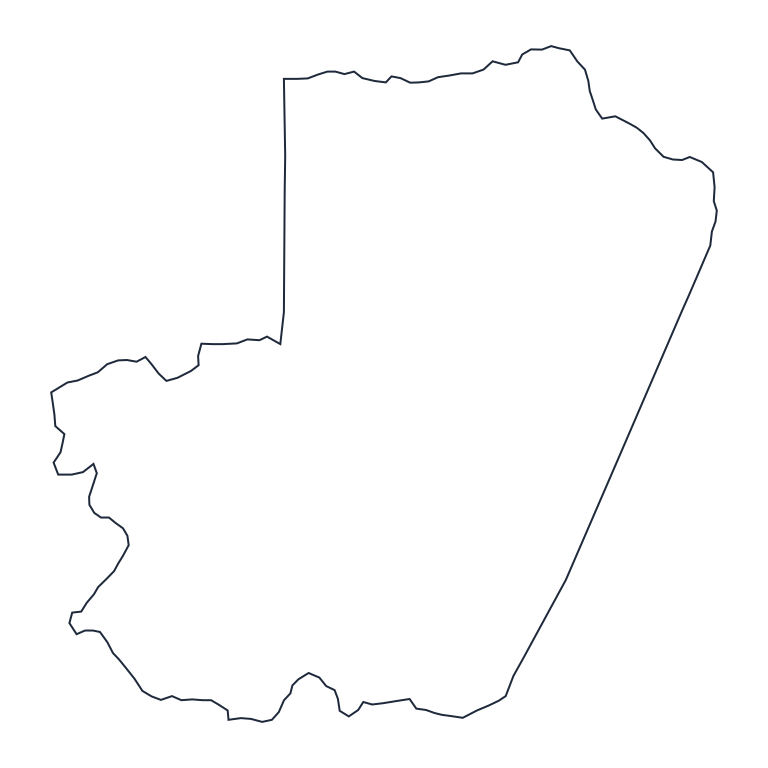 Vila Valério, Espírito Santo, Brazil (Albers equal-area conic projection)
{"feature_id": "56859067B4716518331885", "entity_name": "Vila Valério", "entity_type": "district", "adm_level": 2, "iso_a3": "BRA", "parent_name": "Brazil", "parent_adm1": "Espírito Santo", "projection": "albers", "projection_center": [-40.357, -18.961], "detail": "fine", "context": "isolated", "style": "outline", "palette": "slate", "viewbox_px": 768, "rotation_deg": 0, "n_neighbors": 0, "source": "geoboundaries", "source_scale": "gbopen_adm2", "svg_char_len": 2175}
<svg xmlns="http://www.w3.org/2000/svg" viewBox="0 0 768 768"><path d="M713.1,172.3L701.8,162.0L689.8,157.0L682.1,160.0L672.9,159.5L663.6,156.8L655.1,148.4L650.0,140.4L643.5,133.1L636.6,127.6L628.9,123.3L615.3,116.3L602.2,118.6L595.8,109.5L593.1,101.0L589.8,91.2L588.3,80.9L585.0,69.7L577.3,61.4L569.8,50.4L558.9,48.2L551.2,46.1L542.0,49.6L531.0,49.4L522.2,54.5L518.1,62.3L505.5,64.8L492.6,61.3L483.5,69.6L472.5,73.4L460.9,73.4L450.1,75.4L438.0,77.2L428.6,81.4L419.0,82.4L410.2,82.7L400.5,78.1L391.5,76.4L385.8,82.4L374.7,81.0L362.4,78.1L354.1,71.6L344.4,74.1L335.4,71.6L327.4,71.6L317.8,74.6L307.8,78.4L296.5,78.9L283.9,78.9L285.2,156.0L284.7,189.9L283.9,312.2L280.3,344.1L267.0,336.6L259.5,340.2L247.4,339.4L236.9,343.4L223.2,344.1L211.9,344.1L201.4,343.7L198.1,356.0L198.6,365.2L190.9,371.0L177.5,377.8L166.4,380.9L158.7,373.6L151.5,364.2L145.5,357.0L136.6,361.7L126.8,360.0L118.1,360.4L107.2,364.2L97.8,372.3L88.6,375.8L77.7,380.5L67.4,382.5L51.2,392.4L52.8,403.1L54.4,414.5L55.3,426.1L64.4,434.1L62.5,443.4L60.5,452.3L53.6,462.6L58.2,474.6L71.7,474.6L83.0,472.1L93.5,463.9L96.8,473.2L92.4,486.8L89.1,496.8L89.4,504.8L94.3,512.9L100.9,517.5L108.9,517.5L115.6,523.0L123.0,528.3L127.4,535.8L128.7,545.2L122.9,555.9L118.1,563.7L114.1,571.1L106.1,579.3L98.1,587.1L94.0,594.2L86.8,602.7L81.2,611.6L72.2,612.6L69.4,623.1L76.6,634.2L85.1,630.5L92.8,630.5L100.0,632.0L107.4,642.3L113.0,653.1L119.0,659.4L125.9,667.9L134.4,678.6L142.4,690.9L151.6,696.4L160.9,699.9L172.0,696.1L181.4,700.2L192.2,699.4L202.7,700.2L211.1,700.2L218.9,704.8L227.7,710.5L228.5,719.8L240.9,718.1L250.9,718.9L262.2,721.9L271.9,719.8L278.8,712.1L284.0,700.2L290.4,693.4L292.4,685.4L298.4,679.3L308.6,673.0L319.4,677.6L326.2,686.1L334.6,690.1L337.9,698.8L339.7,710.8L348.8,716.4L358.2,710.0L363.3,702.0L372.1,704.5L383.1,703.2L396.7,701.0L409.6,699.0L416.3,708.6L426.1,710.0L434.5,713.0L441.7,714.8L450.5,716.0L462.8,717.8L476.9,710.5L489.0,705.4L498.8,700.7L505.7,696.1L513.4,676.0L524.3,656.4L529.6,646.6L565.9,579.8L621.5,451.2L681.5,312.0L688.5,296.2L694.6,282.1L710.3,245.5L711.9,231.5L715.5,221.6L716.8,210.6L713.8,201.2L714.6,187.2L713.1,172.3Z" fill="none" stroke="#1e293b" stroke-width="2"/></svg>